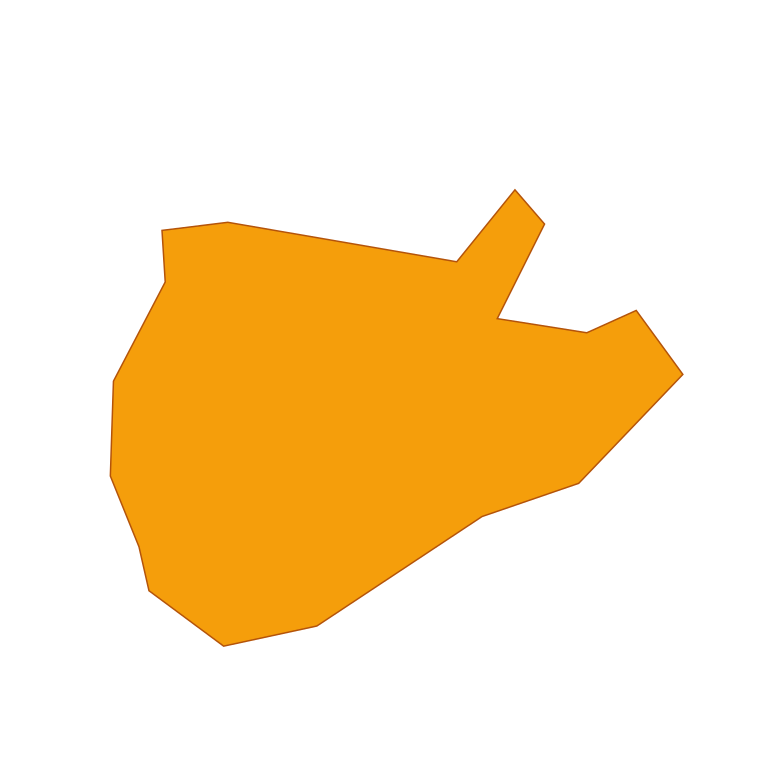 outline of Damascus, rotated 163°
{"feature_id": "SYR-4843", "entity_name": "Damascus", "entity_type": "Province", "adm_level": 1, "iso_a3": "SYR", "parent_name": "Syria", "parent_adm1": "", "projection": "mercator", "projection_center": [36.275, 33.512], "detail": "fine", "context": "isolated", "style": "filled", "palette": "amber", "viewbox_px": 768, "rotation_deg": 163, "n_neighbors": 0, "source": "natural_earth", "source_scale": "10m", "svg_char_len": 398}
<svg xmlns="http://www.w3.org/2000/svg" viewBox="0 0 768 768"><g transform="rotate(163 384 384)"><path d="M519.0,172.2L614.0,180.2L669.2,255.0L665.9,300.0L672.6,376.0L641.9,465.8L563.4,545.5L551.4,595.8L486.1,584.3L278.7,479.6L202.0,531.4L183.7,490.0L256.6,413.4L175.1,373.7L121.3,380.6L95.4,305.8L226.8,232.1L329.0,228.6L519.0,172.2Z" fill="#f59e0b" stroke="#b45309" stroke-width="1.5"/></g></svg>